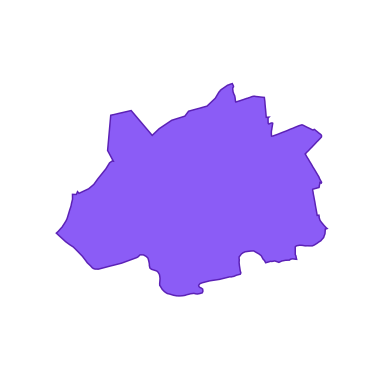 Al Khanka, Al Qalyubiyah, Egypt, rotated 248°
{"feature_id": "37247803B26389200974070", "entity_name": "Al Khanka", "entity_type": "district", "adm_level": 2, "iso_a3": "EGY", "parent_name": "Egypt", "parent_adm1": "Al Qalyubiyah", "projection": "albers", "projection_center": [31.361, 30.23], "detail": "fine", "context": "isolated", "style": "filled", "palette": "violet", "viewbox_px": 384, "rotation_deg": 248, "n_neighbors": 0, "source": "geoboundaries", "source_scale": "gbopen_adm2", "svg_char_len": 5827}
<svg xmlns="http://www.w3.org/2000/svg" viewBox="0 0 384 384"><g transform="rotate(248 192 192)"><path d="M224.5,74.7L223.4,73.8L221.3,72.0L219.4,70.5L217.3,68.8L215.3,67.2L213.8,65.9L212.3,64.2L209.9,60.9L208.9,59.4L208.4,58.9L207.1,56.2L205.6,53.2L204.7,50.8L193.3,56.2L189.1,58.8L185.4,61.4L179.7,63.8L173.5,66.3L171.3,66.9L168.8,67.6L165.6,68.4L161.5,70.3L159.0,71.2L157.8,72.1L156.9,73.2L155.5,76.5L154.2,86.8L153.9,89.1L153.6,91.1L152.4,100.1L151.9,116.0L152.0,117.4L153.2,120.4L151.9,123.4L149.3,125.5L147.1,126.4L143.8,126.0L141.3,125.5L139.7,124.9L137.3,124.5L135.6,125.4L132.0,129.7L130.4,130.5L127.7,130.9L125.8,130.5L123.9,130.0L121.5,128.9L119.4,127.8L117.5,127.1L116.8,127.3L114.8,127.6L112.9,127.9L110.0,129.1L108.3,130.2L107.1,131.1L105.7,133.1L103.1,136.3L101.4,139.0L100.2,141.8L99.3,144.6L98.8,146.7L98.7,148.8L98.4,150.6L98.2,152.5L97.3,155.8L96.2,157.3L95.4,158.8L95.0,160.7L94.8,162.2L94.7,163.8L96.0,165.0L97.2,165.3L98.0,165.5L98.8,165.0L99.5,164.6L100.6,163.5L101.8,163.0L103.0,163.2L104.1,165.2L104.0,166.7L104.0,167.5L103.0,175.2L100.7,184.7L99.2,195.3L98.6,196.5L98.4,197.8L98.1,199.3L98.2,202.0L97.7,206.0L98.3,206.6L98.7,207.0L100.9,207.2L103.0,207.7L106.0,208.4L109.1,209.3L111.3,210.4L113.2,210.9L114.4,211.6L114.7,212.4L116.1,214.6L116.3,215.6L116.5,216.3L116.7,218.7L116.1,221.2L115.3,224.2L114.3,227.1L111.7,229.1L109.6,230.8L107.1,232.3L102.9,232.8L101.4,233.5L99.6,233.7L98.8,233.8L98.5,236.5L98.3,239.0L97.7,239.9L97.1,242.9L95.2,245.1L94.2,246.2L94.4,249.3L93.7,253.0L92.3,257.0L92.8,257.9L92.4,260.1L90.8,263.0L90.4,263.8L91.9,264.0L93.7,264.4L95.3,264.3L101.0,266.6L102.4,267.1L103.0,268.7L102.3,271.9L101.2,274.3L99.7,276.7L98.8,279.1L97.9,281.1L97.0,283.3L97.0,285.1L97.2,286.5L97.6,288.8L98.1,290.6L98.5,293.1L99.3,294.6L100.4,296.9L100.8,297.3L101.7,298.0L103.4,299.6L105.4,300.6L107.7,301.7L107.5,303.0L107.5,303.6L108.6,303.0L111.2,302.0L112.7,301.5L115.6,300.6L116.8,300.3L117.8,300.1L119.1,300.2L120.6,300.3L121.6,300.7L123.0,301.0L123.4,299.3L125.7,299.8L128.5,300.4L130.5,300.8L132.5,301.2L134.3,301.6L135.6,301.9L136.4,302.1L138.0,302.4L140.0,302.8L141.9,303.2L144.5,303.7L145.4,303.9L146.1,304.1L146.6,304.2L147.1,304.3L147.6,304.4L148.2,304.5L148.7,304.6L149.3,304.9L149.3,305.8L149.2,306.3L149.1,306.9L149.1,307.5L148.9,308.5L148.9,309.1L148.8,309.8L148.7,310.6L148.6,311.5L149.5,312.1L150.1,312.4L150.5,312.6L151.2,313.2L151.8,313.5L152.3,313.9L152.8,314.1L152.1,314.7L151.8,315.1L152.1,315.4L152.5,315.8L153.0,315.7L154.7,315.5L156.3,315.3L157.4,315.3L157.9,315.3L158.6,315.3L159.3,315.2L160.3,315.0L160.8,314.9L161.3,314.9L161.9,314.8L162.3,314.7L162.7,314.6L163.1,314.6L163.7,314.5L164.4,314.4L165.0,314.3L165.7,314.2L166.9,314.0L168.1,313.8L169.2,313.6L169.6,313.5L170.4,313.4L171.0,313.3L171.5,313.3L172.1,313.2L172.7,313.1L173.5,313.0L174.1,312.9L174.6,312.8L175.3,312.7L175.9,312.6L177.0,312.4L178.0,312.3L178.8,312.2L179.7,312.0L180.2,311.9L182.7,311.5L183.8,311.4L184.9,311.2L185.3,312.2L185.6,312.8L185.9,313.4L186.1,313.9L186.4,314.6L186.6,315.3L187.4,316.9L188.2,318.7L188.5,319.5L188.8,320.2L189.1,320.8L189.3,321.2L189.6,321.9L189.9,322.6L190.2,323.2L190.4,323.7L190.7,324.3L191.3,325.6L191.5,326.0L191.8,326.6L192.0,327.1L192.2,327.7L192.5,328.3L192.7,328.8L193.0,329.4L193.3,330.2L193.6,330.7L193.8,331.2L194.1,331.8L194.5,332.6L195.2,333.0L195.8,333.2L196.3,333.2L196.9,333.0L197.5,332.7L198.2,332.3L198.7,332.0L199.1,331.7L199.8,331.3L200.3,331.1L201.0,330.7L201.7,330.3L202.4,329.9L203.1,329.5L204.0,329.1L204.3,328.8L204.2,328.2L204.1,327.6L204.4,327.1L204.9,326.6L205.5,326.1L205.9,325.7L206.3,325.4L209.2,322.7L212.0,320.3L212.6,319.7L213.1,319.1L213.4,316.1L213.4,311.7L213.3,309.5L213.4,307.4L213.4,306.1L213.3,303.8L213.3,301.5L213.4,298.0L213.4,296.9L213.4,296.3L213.4,295.1L213.4,294.2L213.4,292.8L213.5,291.0L213.6,287.9L214.0,286.7L214.5,286.8L215.0,287.0L215.4,287.1L215.9,287.3L216.5,287.5L216.9,287.6L217.3,287.8L217.7,288.0L218.2,288.2L218.6,288.4L219.1,288.7L219.6,289.0L220.0,289.3L220.5,289.6L221.2,290.0L221.7,290.3L222.2,290.6L222.8,291.0L223.3,291.3L223.9,291.6L224.3,291.9L224.8,292.2L225.5,292.6L226.1,292.1L226.2,291.5L226.3,290.7L226.3,290.0L226.2,289.2L226.5,288.5L227.1,288.4L227.5,288.5L229.0,289.0L230.0,289.4L231.1,289.8L231.6,290.0L232.1,290.4L232.4,290.8L232.6,291.3L233.1,289.8L233.4,288.8L238.3,290.3L240.9,291.1L243.4,291.8L243.9,292.0L245.7,292.5L247.2,293.0L249.1,293.6L249.6,293.7L251.1,294.1L252.6,294.5L254.0,291.8L255.9,288.4L256.5,287.2L257.4,285.8L257.7,285.0L257.9,284.1L258.0,283.0L258.0,282.5L258.0,281.9L258.0,281.4L258.0,280.7L258.1,280.0L258.1,279.3L258.1,278.8L258.2,278.3L258.3,277.8L258.3,277.1L258.3,276.5L258.4,276.0L258.4,275.5L258.4,274.7L258.5,273.8L258.5,273.1L258.6,272.4L258.6,271.6L258.6,271.1L258.7,270.5L258.7,269.9L258.8,269.3L258.8,268.8L258.9,268.1L258.9,267.6L258.9,266.9L259.2,266.2L259.8,266.3L260.3,266.5L260.9,266.6L261.4,266.7L261.9,266.9L262.3,267.0L263.5,267.3L264.1,267.4L264.5,267.5L264.9,267.6L265.4,267.6L266.1,267.6L266.6,267.5L267.2,267.5L268.0,267.5L268.8,267.6L269.4,267.6L270.0,267.7L270.5,267.9L271.1,268.0L271.8,268.2L272.3,268.4L273.0,268.7L273.6,269.1L273.8,269.7L274.2,270.0L274.8,270.1L275.3,270.1L275.9,270.1L276.3,270.0L276.8,269.9L277.4,270.0L277.5,269.0L277.6,268.2L277.6,267.4L277.6,266.8L277.6,265.8L277.7,264.9L277.4,263.8L277.2,262.8L277.1,262.4L276.9,261.4L276.7,260.6L276.5,259.8L276.4,259.2L276.2,258.6L276.2,258.1L276.0,257.6L275.8,256.8L275.7,256.4L275.3,255.9L274.8,255.2L274.7,254.6L270.2,248.7L266.0,238.1L268.2,219.1L265.0,213.8L266.1,200.1L263.0,185.3L259.4,176.3L290.3,166.1L293.6,145.4L262.1,129.3L250.0,130.6L250.6,129.4L249.9,126.5L245.7,120.8L239.4,109.5L235.8,103.8L233.7,97.4L233.1,86.7L235.2,86.0L233.1,83.9L233.8,82.1L234.6,80.3L233.8,80.0L230.0,78.5L226.7,76.1L224.5,74.7Z" fill="#8b5cf6" stroke="#5b21b6" stroke-width="1.5"/></g></svg>